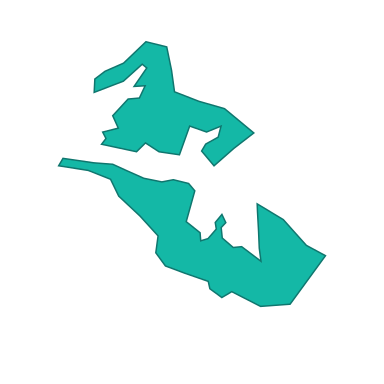 an SVG outline of Tai Po, rotated 230°
{"feature_id": "HKG-5169", "entity_name": "Tai Po", "entity_type": "state/province", "adm_level": 1, "iso_a3": "HKG", "parent_name": "Hong Kong S.A.R.", "parent_adm1": "", "projection": "natural_earth1", "projection_center": [114.263, 22.454], "detail": "fine", "context": "isolated", "style": "filled", "palette": "teal", "viewbox_px": 384, "rotation_deg": 230, "n_neighbors": 0, "source": "natural_earth", "source_scale": "10m", "svg_char_len": 1148}
<svg xmlns="http://www.w3.org/2000/svg" viewBox="0 0 384 384"><g transform="rotate(230 192 192)"><path d="M297.8,106.7L300.7,114.8L277.6,135.4L264.2,149.1L249.7,156.0L233.5,163.9L219.1,175.4L213.4,185.6L200.7,194.9L191.1,194.9L173.0,168.5L155.6,172.0L149.0,167.3L146.0,174.3L148.0,186.8L153.7,190.2L155.6,200.5L146.8,198.2L146.0,191.5L137.3,185.6L123.0,187.9L118.2,194.9L94.6,200.3L105.7,207.4L119.2,217.8L134.8,229.5L141.0,234.3L112.1,244.2L98.6,244.6L77.6,245.3L57.4,253.3L43.0,195.0L60.3,171.0L90.1,158.4L92.0,147.0L106.4,143.5L113.1,147.0L134.2,134.4L152.4,124.1L168.7,125.2L180.2,137.8L207.1,136.7L235.9,133.2L254.1,137.8L275.2,126.4L297.8,106.7ZM197.9,225.7L217.2,225.7L219.9,233.3L217.2,247.3L223.8,256.6L228.6,241.7L244.0,232.6L228.6,206.3L244.0,192.6L259.5,187.9L258.5,175.4L286.7,153.4L288.3,160.5L295.3,162.1L288.3,176.6L301.4,180.3L304.3,202.8L297.8,212.1L303.5,224.4L310.1,215.5L316.1,237.1L321.9,236.0L321.0,210.7L331.2,181.1L341.0,190.2L340.4,202.9L334.7,222.4L336.7,253.3L319.4,265.9L298.3,254.5L280.0,243.0L257.0,255.6L234.9,270.5L197.5,277.3L198.5,252.2L197.9,225.7Z" fill="#14b8a6" stroke="#0f766e" stroke-width="1.5"/></g></svg>